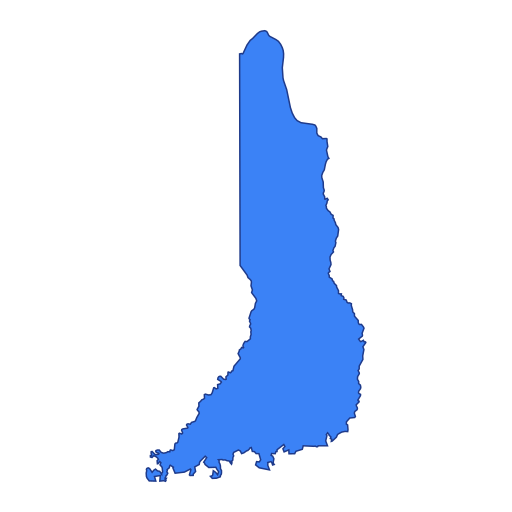 outline of Mironó, Ngöbe Buglé, Panama
{"feature_id": "35544464B14615778162617", "entity_name": "Mironó", "entity_type": "district", "adm_level": 2, "iso_a3": "PAN", "parent_name": "Panama", "parent_adm1": "Ngöbe Buglé", "projection": "natural_earth1", "projection_center": [-81.895, 8.486], "detail": "fine", "context": "isolated", "style": "filled", "palette": "blue", "viewbox_px": 512, "rotation_deg": 0, "n_neighbors": 0, "source": "geoboundaries", "source_scale": "gbopen_adm2", "svg_char_len": 6106}
<svg xmlns="http://www.w3.org/2000/svg" viewBox="0 0 512 512"><path d="M331.3,441.4L332.2,441.1L336.4,437.2L337.4,434.8L338.2,434.0L341.7,432.1L345.0,431.4L347.7,431.6L348.0,429.8L347.6,424.9L346.4,424.2L346.4,421.9L349.8,418.0L354.7,417.5L355.4,416.5L354.4,413.5L354.5,412.2L354.9,411.4L357.0,409.8L357.4,408.8L357.3,407.7L356.4,406.0L356.2,404.8L359.0,402.0L359.1,401.2L358.1,400.7L357.9,400.0L360.4,395.8L360.6,394.8L360.5,394.3L359.0,393.6L358.5,392.9L358.7,391.2L360.5,388.7L360.8,387.2L360.4,385.1L358.6,383.5L358.7,381.5L357.4,379.2L357.6,376.6L359.3,373.7L359.2,372.7L358.1,370.6L359.2,368.9L359.2,366.1L362.9,359.4L362.7,355.9L363.9,349.6L362.9,346.7L365.8,342.6L365.5,341.9L364.0,341.7L363.4,340.3L361.2,341.5L360.5,341.6L358.6,339.1L362.3,336.1L362.5,335.2L362.1,333.3L364.0,328.2L363.4,326.9L361.6,324.6L361.1,324.3L359.9,324.6L359.0,324.1L358.3,322.8L358.2,320.4L354.5,316.2L354.4,313.5L353.2,312.5L352.7,311.5L352.6,309.8L351.3,305.5L351.4,303.7L349.8,302.9L348.2,303.0L347.1,302.4L346.2,300.0L343.7,299.3L343.9,297.8L343.2,296.4L341.2,295.6L341.4,293.9L339.2,293.8L338.5,293.4L338.5,290.7L336.6,287.0L336.5,285.6L334.2,283.3L333.6,281.4L332.6,280.8L332.0,278.8L329.3,277.2L329.2,275.5L328.3,273.4L328.5,272.6L330.0,271.5L329.0,268.9L331.0,264.6L330.8,262.4L330.1,260.0L330.0,257.0L331.1,254.5L333.5,251.9L332.9,250.6L333.9,247.8L335.1,246.3L335.9,242.6L335.5,241.9L335.5,240.7L336.4,238.0L337.7,236.1L338.6,229.6L338.1,227.6L335.8,224.6L335.4,222.7L334.2,220.3L334.0,218.8L333.0,218.0L333.1,215.4L331.2,214.3L329.9,211.9L328.1,210.6L326.4,208.2L326.4,206.7L325.9,205.5L327.0,202.8L327.2,201.0L328.2,199.8L327.2,198.3L325.4,199.1L324.7,199.0L324.7,196.9L323.3,194.1L323.3,193.0L324.0,191.6L324.2,190.2L323.4,187.7L323.2,182.0L321.8,177.6L321.7,175.5L322.8,172.4L324.3,169.8L325.4,164.2L326.2,161.6L327.5,159.2L328.9,158.4L327.9,156.7L326.5,150.3L326.7,149.2L327.8,146.5L327.0,141.5L327.0,138.9L326.3,138.5L322.4,138.7L321.0,137.0L318.1,135.6L316.8,133.1L316.8,128.4L315.8,126.1L314.9,125.0L312.5,124.3L301.0,122.7L297.1,120.6L294.6,117.7L292.2,113.0L290.4,107.6L286.7,89.7L283.6,80.7L283.0,78.0L282.3,67.7L283.5,57.5L283.6,53.8L283.2,50.5L282.3,47.7L280.7,44.4L278.4,41.3L275.8,39.5L269.7,36.3L268.7,35.3L267.2,32.2L266.5,31.4L264.8,30.7L261.4,31.2L259.7,31.8L257.4,33.5L252.7,38.4L250.2,40.4L247.0,45.0L243.0,53.6L242.5,53.9L241.4,53.5L239.6,53.9L240.1,265.5L247.1,275.1L248.0,277.6L250.3,279.6L251.3,281.0L251.4,282.6L251.0,285.8L252.4,289.9L251.6,292.6L255.9,298.4L256.7,300.9L255.4,303.4L254.7,307.6L254.0,309.1L251.7,310.8L251.1,311.7L249.0,318.2L249.1,318.7L250.1,319.7L249.5,321.1L250.6,323.4L250.6,324.2L249.9,325.4L249.5,326.9L250.7,328.2L251.2,330.6L250.8,331.9L251.1,334.3L250.3,337.0L250.4,338.8L247.0,341.6L245.1,341.4L243.7,343.4L243.0,345.3L243.0,346.3L243.6,347.6L243.2,347.9L241.6,347.5L240.8,349.0L239.4,349.9L239.2,351.2L238.1,353.6L240.3,357.8L240.3,358.8L234.0,366.2L232.9,370.7L231.6,371.1L231.0,372.4L230.4,372.8L228.4,372.0L228.0,372.2L227.9,375.0L225.9,376.9L226.2,379.2L225.7,379.5L223.6,379.2L220.8,376.3L219.7,376.3L218.8,376.7L218.0,377.8L217.7,379.4L221.1,381.5L221.4,382.1L220.1,383.9L217.6,384.6L217.8,388.3L216.1,388.9L214.4,387.6L213.7,387.8L212.2,392.8L211.0,394.7L208.6,395.0L205.3,394.1L204.3,394.7L204.5,398.3L203.4,399.2L201.8,399.8L200.6,401.3L198.8,402.9L198.9,406.2L197.1,409.5L197.6,410.5L198.8,411.6L199.2,413.3L196.8,417.5L195.5,420.7L194.8,421.4L191.5,422.4L190.3,424.2L188.0,423.8L186.8,424.3L186.5,425.0L187.9,427.4L187.6,428.1L182.9,428.9L181.8,429.5L181.6,430.3L182.5,432.4L182.5,433.3L181.7,434.0L179.4,433.2L178.9,433.6L179.0,437.1L177.8,442.2L177.1,442.9L175.5,443.2L174.9,444.0L174.3,449.7L172.8,450.6L170.6,449.9L170.1,450.3L169.8,451.8L167.8,451.7L166.4,452.6L163.7,453.2L161.2,452.4L159.2,450.0L157.4,450.0L155.9,450.6L155.8,451.7L156.5,452.4L158.8,453.2L159.0,453.7L158.5,454.3L155.9,454.7L154.8,454.3L152.1,451.5L151.2,451.7L151.1,453.2L151.7,455.3L151.4,455.6L150.4,455.6L150.4,457.0L152.0,457.5L153.8,455.7L156.0,456.7L157.5,457.9L158.4,459.3L157.1,460.7L157.4,463.8L158.0,463.7L159.7,461.5L160.9,462.7L160.0,464.9L161.8,466.9L162.2,467.8L162.6,472.0L161.6,473.4L161.6,474.1L159.7,471.3L157.5,470.9L155.5,469.1L153.8,470.2L152.1,472.3L149.6,468.6L148.5,467.9L147.7,468.0L146.8,468.5L146.4,469.3L146.7,470.8L146.2,473.0L146.4,476.4L147.0,478.0L149.2,480.9L155.8,481.1L154.5,476.5L160.3,475.5L159.8,481.1L163.8,480.7L165.5,481.3L166.0,480.5L165.7,479.4L166.1,478.7L165.1,479.0L165.2,477.7L165.7,477.2L166.1,475.5L166.7,475.3L167.8,473.2L166.8,471.8L167.3,470.5L167.1,469.6L169.2,467.9L169.8,465.6L170.2,465.2L173.4,467.2L172.9,467.9L175.1,473.2L184.4,472.1L190.4,469.0L190.9,469.7L189.4,474.9L190.0,475.5L193.2,475.4L193.3,474.0L195.6,471.5L194.7,466.9L199.2,464.5L199.6,462.2L200.3,461.1L205.2,456.2L206.7,457.6L203.7,462.2L204.5,463.0L205.1,464.5L208.8,467.5L215.9,467.3L216.6,468.8L218.6,471.7L217.6,474.7L215.6,472.3L213.3,470.7L212.7,475.0L212.1,475.8L210.4,476.3L212.3,478.4L216.5,478.2L220.3,476.8L220.4,475.6L221.3,474.2L221.5,472.9L221.5,470.6L220.5,468.7L220.4,465.8L219.9,463.9L219.1,462.5L219.1,460.6L218.4,459.7L222.1,459.5L222.9,460.0L225.2,459.9L227.0,460.7L228.7,460.9L229.4,461.2L230.3,462.8L231.5,464.2L232.0,462.8L231.4,462.1L231.2,461.1L232.2,461.0L232.8,460.0L232.9,457.4L233.7,455.9L233.0,454.1L233.7,452.4L238.4,450.0L240.3,451.0L241.6,453.6L243.9,452.8L246.8,450.7L247.7,450.6L249.7,448.7L250.0,447.9L251.3,447.5L252.3,451.4L254.4,451.6L256.1,453.6L258.9,453.6L260.7,459.8L259.3,461.9L256.6,461.6L255.6,464.9L259.2,467.8L269.5,469.9L267.7,465.1L267.9,463.7L267.7,462.5L271.0,461.6L271.9,462.9L272.6,465.0L274.2,464.5L273.5,463.5L273.2,462.2L273.9,458.8L272.7,456.2L271.1,455.3L271.6,453.5L275.2,453.7L275.9,451.6L277.0,451.5L277.1,449.7L283.8,444.5L284.9,446.5L282.9,448.8L284.1,451.9L288.8,449.9L289.0,453.8L294.7,453.7L295.9,451.3L302.3,449.3L303.2,445.8L313.9,446.3L315.2,446.1L316.6,446.8L317.6,446.7L318.2,445.8L327.5,445.8L325.7,440.9L326.9,435.7L326.3,434.7L327.6,432.8L329.0,434.6L329.0,435.1L330.9,437.0L330.3,438.5L331.7,439.2L331.3,441.4Z" fill="#3b82f6" stroke="#1e3a8a" stroke-width="1.5"/></svg>